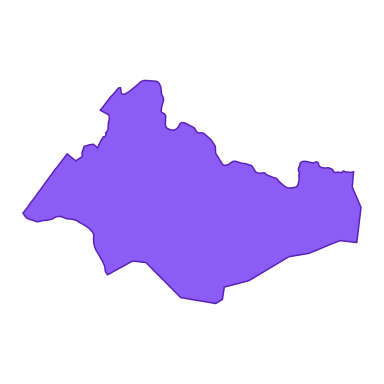 Brunavas pag., Bauska, Latvia (Mercator projection)
{"feature_id": "27541924B75400178826619", "entity_name": "Brunavas pag.", "entity_type": "district", "adm_level": 2, "iso_a3": "LVA", "parent_name": "Latvia", "parent_adm1": "Bauska", "projection": "mercator", "projection_center": [24.423, 56.313], "detail": "fine", "context": "isolated", "style": "filled", "palette": "violet", "viewbox_px": 384, "rotation_deg": 0, "n_neighbors": 0, "source": "geoboundaries", "source_scale": "gbopen_adm2", "svg_char_len": 5836}
<svg xmlns="http://www.w3.org/2000/svg" viewBox="0 0 384 384"><path d="M23.0,212.6L23.4,213.8L24.1,214.9L24.6,215.4L24.9,216.1L26.3,217.5L26.3,217.4L26.9,217.9L27.6,218.4L28.4,218.9L29.2,219.2L30.1,219.5L31.8,220.0L33.6,220.5L35.3,221.1L36.1,221.5L37.0,221.8L37.9,221.7L38.8,221.6L39.6,221.4L41.4,220.9L42.3,220.7L46.8,220.2L48.5,219.9L50.3,219.5L50.8,219.5L51.2,219.3L52.9,218.7L54.8,217.5L55.2,217.2L55.6,217.1L56.5,216.8L56.9,216.7L57.3,216.6L58.2,216.5L58.7,216.5L59.6,216.4L60.0,216.5L60.5,216.6L61.4,216.7L62.2,217.0L63.5,217.5L64.8,218.0L67.3,218.8L67.8,218.9L68.2,219.0L68.7,219.0L69.0,218.9L69.5,218.9L70.0,219.0L72.6,219.4L73.5,219.5L73.9,219.6L75.2,220.1L76.5,220.6L76.9,220.8L78.4,221.7L79.6,222.5L82.8,224.2L83.5,224.6L85.1,225.6L86.6,226.6L88.0,227.6L88.8,228.2L89.1,228.5L90.7,230.1L91.9,231.4L92.2,231.8L92.5,232.1L92.7,232.5L93.0,232.9L93.6,234.1L93.7,234.5L93.8,235.0L93.9,235.4L93.8,236.3L93.6,237.2L93.6,238.1L93.6,239.0L93.6,239.9L93.7,241.7L93.8,242.6L93.9,243.5L94.1,244.4L94.3,245.3L94.5,246.2L94.7,247.0L94.9,247.5L95.4,248.7L95.7,249.5L96.1,250.4L96.4,250.7L97.1,251.9L98.5,254.2L99.0,255.0L99.4,256.0L99.9,256.8L100.6,258.0L101.0,258.8L102.4,261.2L102.8,262.0L103.2,262.8L104.3,265.4L104.9,267.1L105.0,267.5L105.1,268.0L105.0,268.4L105.0,268.9L105.0,269.3L105.1,269.8L105.3,270.7L105.5,271.6L105.6,272.0L105.8,272.3L106.3,273.0L106.6,273.3L106.8,273.8L107.3,274.7L108.4,274.2L108.8,274.1L116.1,270.1L132.4,261.1L139.4,261.7L139.8,261.9L145.8,262.5L146.0,262.6L150.3,266.8L151.3,268.0L152.2,268.8L155.4,272.2L158.3,275.0L159.0,275.6L160.2,277.0L160.5,277.2L161.5,278.2L165.1,281.8L167.9,284.6L177.8,294.7L179.3,296.2L179.4,296.3L180.7,297.5L180.8,297.6L181.0,297.7L181.2,297.8L182.5,297.9L191.2,299.4L193.5,299.8L197.7,300.5L202.2,301.2L213.7,303.2L214.0,303.2L214.1,303.3L215.7,303.5L222.4,299.5L224.3,287.0L234.1,284.6L249.0,280.6L288.9,256.7L308.7,253.4L318.1,249.6L329.2,244.9L335.5,242.4L340.1,240.7L341.1,240.7L354.7,242.3L356.4,242.5L356.5,242.6L356.8,242.4L356.8,242.2L357.1,239.4L357.8,234.4L358.4,229.3L359.0,224.5L359.0,224.4L359.1,223.5L359.3,221.3L359.5,220.1L359.6,218.9L360.1,215.3L360.1,214.9L360.2,214.1L360.5,211.9L360.5,211.2L360.9,208.1L361.0,207.8L360.9,207.4L360.9,207.2L360.8,206.9L359.5,203.8L359.5,203.7L359.4,203.4L359.2,203.3L358.5,201.6L357.4,198.8L356.4,196.7L355.8,195.3L354.3,191.8L353.2,189.2L352.9,188.5L352.4,187.2L352.3,186.9L352.3,186.7L352.6,183.2L352.7,181.5L353.2,176.4L353.6,171.8L351.5,172.3L349.2,172.3L347.2,172.0L345.5,172.1L345.4,171.9L345.0,171.7L344.4,171.3L343.9,171.2L343.2,171.1L342.9,171.3L342.5,171.8L342.3,172.0L342.1,172.2L341.9,172.3L341.7,172.8L340.3,172.5L337.9,172.1L335.6,172.6L335.0,172.5L334.1,172.1L333.5,171.5L332.8,169.8L332.4,169.4L331.7,169.0L330.7,168.7L329.3,168.0L328.4,167.8L327.6,167.7L326.2,168.0L324.8,168.0L323.5,167.9L321.3,167.4L320.3,167.0L319.5,166.4L318.8,165.4L318.5,163.4L318.3,163.0L317.3,162.1L316.5,161.9L315.6,162.0L314.7,162.4L314.1,162.6L313.7,163.0L313.1,163.0L307.8,161.8L305.2,161.3L303.9,161.4L302.7,161.4L301.3,162.1L300.1,163.3L299.7,165.4L298.4,168.7L298.5,171.2L299.5,172.2L298.9,174.9L299.1,178.9L299.0,180.5L298.5,182.5L297.8,185.4L297.0,186.3L295.5,187.2L294.0,187.5L291.8,187.9L290.1,188.0L288.8,188.0L287.3,187.7L285.4,186.8L283.6,185.5L282.0,184.1L281.0,183.1L280.1,182.4L278.9,181.4L278.2,180.2L277.2,179.2L276.3,178.4L275.4,178.0L273.2,177.5L271.2,176.6L270.1,176.2L268.6,175.6L266.4,174.6L265.6,173.9L265.4,173.6L265.3,173.4L264.8,173.0L264.1,172.8L262.5,172.9L260.3,173.3L258.7,173.2L256.9,172.6L256.2,172.2L255.4,171.4L254.3,169.9L254.1,169.5L253.9,169.1L253.4,168.3L253.1,167.7L252.0,166.1L251.5,165.7L251.3,165.5L250.4,165.2L244.5,163.4L243.0,163.5L241.3,163.1L238.4,162.1L235.6,161.3L234.0,161.2L232.5,161.6L230.7,162.9L229.2,164.0L227.6,164.8L225.6,165.2L224.2,165.3L222.8,164.6L222.0,163.7L221.4,162.4L220.7,161.4L219.5,159.5L218.2,157.3L216.6,154.9L215.7,153.1L215.5,151.4L215.4,148.8L215.4,146.7L215.0,145.7L214.5,144.9L213.7,143.8L211.6,140.5L210.4,139.1L208.4,137.5L207.4,136.5L206.7,135.9L205.4,134.6L203.5,133.3L202.0,132.8L200.5,132.8L198.5,132.9L197.2,132.2L196.5,131.5L195.6,129.9L194.7,128.4L193.5,127.3L191.7,126.5L190.1,125.6L187.9,124.4L185.7,123.3L183.9,122.6L181.8,122.7L180.8,123.0L180.1,123.6L179.4,124.6L179.0,125.7L178.6,126.6L177.5,127.9L175.9,129.3L174.5,129.9L172.6,130.2L171.0,129.9L168.7,129.1L166.9,128.1L166.3,127.3L165.9,126.7L165.5,125.3L165.3,123.7L165.5,122.0L165.5,119.4L165.7,117.5L165.7,116.0L165.1,114.6L163.6,113.3L162.1,112.7L161.4,112.0L161.3,111.0L161.3,109.2L162.1,105.0L162.7,103.0L163.2,101.7L163.6,99.9L163.3,97.9L162.7,96.3L161.8,94.9L161.5,92.9L161.2,90.1L160.8,87.2L160.2,85.4L159.3,83.7L158.0,82.0L156.4,81.3L154.5,81.1L150.3,80.8L146.2,80.5L143.9,80.5L141.7,81.3L140.2,82.3L138.0,84.3L133.9,87.8L129.7,91.2L125.3,93.8L123.6,94.3L122.2,94.1L121.3,92.8L120.9,90.5L120.6,87.8L120.1,87.7L120.0,87.9L119.8,87.9L119.6,87.9L119.3,87.9L119.1,87.8L118.9,87.8L118.6,88.0L117.2,89.5L113.4,94.1L111.7,95.8L110.9,96.7L110.1,97.5L107.7,100.8L106.9,101.6L106.3,102.5L104.8,104.5L103.5,106.2L100.3,110.2L101.8,111.1L103.1,111.8L104.6,112.6L108.8,114.9L109.2,116.5L109.3,117.7L109.3,119.3L108.8,121.3L108.5,121.8L108.1,127.9L108.0,129.1L108.1,129.5L105.6,133.3L106.4,134.0L106.2,134.3L104.9,136.8L104.7,137.0L103.7,136.7L103.5,136.8L103.3,136.9L103.2,137.0L101.1,140.3L97.4,147.9L95.8,146.3L93.5,144.3L93.4,144.4L92.0,144.4L89.4,144.8L88.7,145.0L85.5,146.0L84.2,146.3L82.1,152.3L82.1,153.4L82.2,156.6L76.6,160.2L75.9,161.0L75.8,160.9L69.7,156.0L69.3,155.7L67.2,153.8L61.7,161.1L58.4,165.3L58.3,165.7L56.3,168.1L55.1,169.3L52.1,173.6L49.3,177.4L44.6,183.8L44.3,184.3L42.7,186.5L41.2,188.6L38.0,192.9L34.4,197.9L33.4,199.3L31.9,201.2L30.7,202.7L29.1,204.9L28.2,206.5L27.3,207.6L25.9,209.5L23.7,212.3L23.0,212.6Z" fill="#8b5cf6" stroke="#5b21b6" stroke-width="1.5"/></svg>